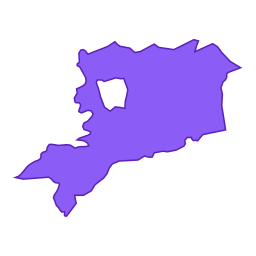 Vas, Robinson projection
{"feature_id": "HUN-3138", "entity_name": "Vas", "entity_type": "County", "adm_level": 1, "iso_a3": "HUN", "parent_name": "Hungary", "parent_adm1": "", "projection": "robinson", "projection_center": [16.563, 47.075], "detail": "fine", "context": "isolated", "style": "filled", "palette": "violet", "viewbox_px": 256, "rotation_deg": 0, "n_neighbors": 0, "source": "natural_earth", "source_scale": "10m", "svg_char_len": 2119}
<svg xmlns="http://www.w3.org/2000/svg" viewBox="0 0 256 256"><path d="M87.9,54.2L107.9,46.4L114.9,41.7L115.3,42.2L117.6,44.6L120.1,46.3L129.8,48.1L134.8,52.5L140.2,51.6L154.2,44.1L158.8,47.4L173.9,49.6L193.8,39.7L198.5,40.9L196.6,45.6L195.0,51.7L212.7,43.7L217.6,46.8L221.9,52.7L230.3,61.5L240.6,67.7L228.3,72.4L226.7,73.8L226.7,77.3L225.4,79.9L223.1,81.9L220.9,87.7L222.4,94.3L221.7,105.5L225.6,129.9L202.8,134.6L197.6,140.8L195.5,140.3L193.4,140.6L192.1,139.4L191.5,137.5L187.1,137.5L184.6,140.8L185.4,143.6L183.8,146.2L176.1,150.1L167.5,151.8L162.9,151.2L154.3,152.8L152.2,157.1L148.7,157.2L144.6,156.0L138.0,160.0L119.3,161.0L112.3,163.9L109.2,168.2L107.0,173.7L103.7,178.0L95.1,184.7L91.3,190.8L83.5,195.3L74.6,195.3L76.2,203.4L67.2,215.3L66.2,216.3L66.0,216.2L64.5,215.7L64.5,211.8L61.9,212.1L60.2,210.4L58.6,207.7L56.4,205.4L53.9,198.7L53.5,197.8L53.7,196.9L54.2,195.2L55.9,192.7L56.6,191.7L57.9,189.1L59.0,186.2L59.4,184.1L58.6,183.0L55.8,182.8L54.2,182.1L53.3,181.2L50.5,178.2L48.6,177.2L31.3,178.5L23.1,179.1L22.1,178.9L15.4,177.5L18.4,176.3L20.8,174.4L27.5,166.4L29.7,164.5L34.5,161.6L38.4,160.1L39.7,159.3L40.9,157.6L41.0,156.2L40.9,154.9L41.3,153.5L43.2,152.1L45.1,151.7L46.6,150.7L47.4,147.1L49.2,144.5L51.7,144.3L58.7,145.4L66.3,144.7L70.3,145.1L73.5,147.1L74.5,147.8L75.4,148.0L76.3,147.8L77.2,147.2L80.3,146.7L85.1,146.6L88.7,145.9L87.8,143.4L85.1,141.3L82.5,140.5L77.1,139.9L79.5,138.1L87.8,135.3L89.9,134.1L90.7,132.8L90.0,131.6L87.8,130.7L84.1,129.6L82.7,126.5L83.9,123.1L87.8,121.0L92.1,116.2L93.0,113.5L90.7,110.7L87.6,110.4L81.3,113.0L78.8,111.6L78.9,110.3L80.4,106.3L80.4,104.3L79.1,102.8L77.6,102.7L76.1,102.8L75.0,101.9L74.3,98.1L77.2,93.0L76.6,88.9L82.4,86.2L85.0,84.2L86.2,81.1L85.5,77.2L79.8,67.1L79.3,66.7L78.5,66.4L77.7,66.0L77.1,65.1L77.3,63.8L78.1,63.1L79.0,62.7L79.4,62.0L78.9,53.1L80.8,50.1L83.2,49.6L85.6,51.1L87.9,54.2ZM120.9,78.8L116.1,77.8L104.1,81.5L101.9,80.0L97.1,80.0L96.3,82.7L98.4,88.5L100.5,96.7L104.5,107.2L110.1,111.2L115.3,106.9L119.7,107.4L124.9,108.4L125.3,101.2L126.6,96.0L127.8,89.7L123.8,78.5L120.9,78.8Z" fill="#8b5cf6" stroke="#5b21b6" stroke-width="1.5"/></svg>